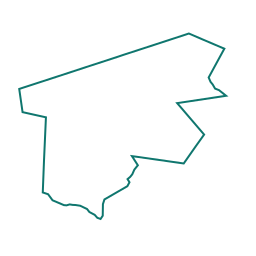 Curralinhos, Piauí, Brazil (orthographic projection), rotated 174°
{"feature_id": "56859067B11592620303121", "entity_name": "Curralinhos", "entity_type": "district", "adm_level": 2, "iso_a3": "BRA", "parent_name": "Brazil", "parent_adm1": "Piauí", "projection": "orthographic", "projection_center": [-42.84, -5.603], "detail": "fine", "context": "isolated", "style": "outline", "palette": "teal", "viewbox_px": 256, "rotation_deg": 174, "n_neighbors": 0, "source": "geoboundaries", "source_scale": "gbopen_adm2", "svg_char_len": 759}
<svg xmlns="http://www.w3.org/2000/svg" viewBox="0 0 256 256"><g transform="rotate(174 128 128)"><path d="M219.5,72.8L214.4,70.5L210.6,64.0L199.8,58.0L197.2,57.5L194.0,58.1L191.0,57.3L188.3,56.9L183.7,55.7L177.2,51.7L175.2,48.5L170.2,45.1L167.9,41.9L164.8,40.4L162.3,43.4L160.9,54.9L158.9,59.4L134.7,70.2L132.2,73.9L133.8,77.2L131.0,79.1L128.6,81.5L126.0,86.0L122.1,89.9L127.0,99.6L122.4,98.5L76.3,86.9L62.3,103.0L53.0,113.5L70.0,138.2L76.5,147.6L27.1,149.8L33.5,156.1L37.3,158.1L39.2,162.4L41.1,165.3L42.5,169.8L23.9,196.8L44.4,208.2L57.6,215.6L91.6,208.3L125.0,201.2L130.3,200.0L163.1,193.0L191.4,186.9L224.7,179.8L227.6,179.2L232.1,178.2L231.2,154.8L219.3,150.8L208.5,147.2L215.0,104.0L219.5,72.8Z" fill="none" stroke="#0f766e" stroke-width="2"/></g></svg>